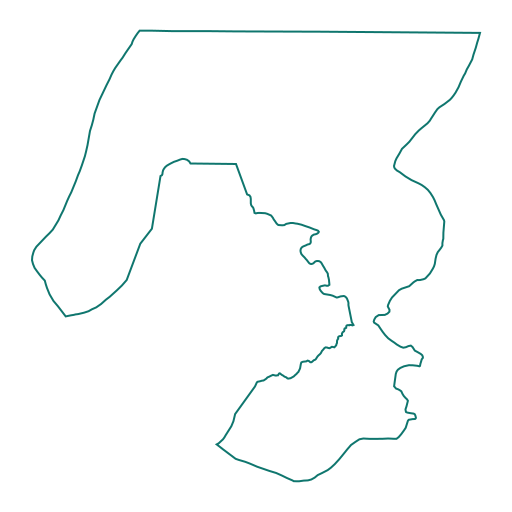 the district of Tbaeng Mean Chey, Preah Vihéar, Cambodia
{"feature_id": "14789045B76520670537336", "entity_name": "Tbaeng Mean Chey", "entity_type": "district", "adm_level": 2, "iso_a3": "KHM", "parent_name": "Cambodia", "parent_adm1": "Preah Vihéar", "projection": "albers", "projection_center": [105.049, 13.77], "detail": "fine", "context": "isolated", "style": "outline", "palette": "teal", "viewbox_px": 512, "rotation_deg": 0, "n_neighbors": 0, "source": "geoboundaries", "source_scale": "gbopen_adm2", "svg_char_len": 6044}
<svg xmlns="http://www.w3.org/2000/svg" viewBox="0 0 512 512"><path d="M425.4,278.4L429.9,273.5L432.9,268.6L434.0,266.4L434.8,263.9L435.6,258.6L436.5,254.9L437.8,252.1L439.4,250.1L441.2,247.7L442.4,245.6L442.4,243.1L442.9,240.1L443.3,238.9L443.4,232.6L444.3,221.5L444.0,220.2L440.8,214.6L436.2,204.2L434.6,200.3L433.0,197.1L430.4,193.0L427.9,189.9L424.8,187.2L421.7,185.0L418.5,183.3L411.5,180.1L405.4,176.4L399.8,172.2L396.9,170.5L394.9,168.6L394.3,167.5L394.0,166.0L395.3,161.1L396.5,158.4L399.5,153.4L402.0,148.8L406.8,144.3L409.3,141.8L415.3,134.1L418.8,130.5L421.6,128.1L427.5,123.3L429.8,120.7L431.0,118.7L432.7,116.1L435.0,112.5L437.4,109.1L439.4,107.3L444.6,103.9L449.9,99.8L451.6,98.0L453.5,95.6L455.5,92.7L458.5,87.3L460.9,81.6L463.8,75.6L465.1,73.5L466.8,69.4L468.8,65.9L472.2,59.4L473.5,54.6L475.8,47.7L477.2,42.6L478.4,38.8L480.0,32.9L320.3,31.7L235.6,31.4L204.9,31.1L171.1,31.1L152.9,30.7L139.6,30.7L137.6,33.2L135.6,36.1L133.6,39.3L132.5,41.6L131.7,44.1L127.8,49.7L125.4,53.2L122.5,57.8L120.6,60.3L115.2,68.0L113.3,71.2L111.5,74.7L109.5,79.3L106.6,85.0L99.5,99.9L94.6,113.5L93.3,119.7L91.8,125.3L90.0,130.9L87.5,145.2L86.0,151.8L84.9,156.2L81.8,165.5L79.7,171.3L78.0,175.2L75.7,181.5L71.3,192.2L69.2,196.4L67.2,200.8L63.4,210.1L60.7,215.4L58.4,220.4L52.8,229.6L49.5,233.2L46.0,236.6L36.4,246.7L34.2,250.2L33.4,252.4L32.3,256.4L32.0,260.2L33.0,264.0L34.6,267.9L37.1,271.4L39.6,274.7L41.9,277.5L44.8,280.6L45.8,284.3L47.0,288.0L49.6,294.4L53.5,301.0L57.9,306.2L65.7,316.4L71.1,315.3L73.7,314.9L75.6,314.4L78.1,314.1L84.0,312.7L88.6,311.2L91.9,309.3L96.2,307.4L101.1,304.0L105.9,299.7L109.7,296.8L116.8,290.4L121.9,285.5L126.7,280.0L140.3,243.7L151.9,228.7L160.5,176.0L161.9,175.2L162.4,174.2L162.6,172.3L163.1,170.3L163.8,169.0L165.1,167.2L166.8,165.7L168.8,164.5L170.8,163.4L174.0,161.8L177.3,160.7L180.0,159.6L182.4,158.9L184.7,159.1L187.0,159.8L189.2,161.4L190.5,163.5L236.0,164.0L247.1,194.4L248.0,194.8L249.4,195.3L250.5,196.9L250.8,199.0L250.8,203.4L251.2,205.1L251.9,206.3L252.9,207.3L253.4,208.2L254.1,210.7L254.5,212.9L255.8,213.4L257.5,213.0L259.3,212.9L265.1,213.2L267.2,213.8L271.1,215.5L272.2,216.9L273.0,218.0L273.7,219.4L274.9,221.0L276.5,223.4L277.4,224.3L278.3,225.0L282.2,225.3L284.3,225.1L286.2,223.9L290.5,223.0L293.0,223.0L295.6,223.5L297.3,223.7L301.5,224.7L305.4,226.1L309.6,227.5L314.0,229.3L316.6,230.1L318.0,230.7L318.8,231.7L318.6,232.4L318.0,233.0L317.4,233.5L315.8,234.2L313.8,234.6L312.1,235.7L311.5,236.4L311.0,237.4L310.6,239.3L310.8,242.0L310.5,243.0L310.0,243.7L309.0,244.2L307.9,244.4L306.9,244.8L305.8,245.4L303.3,246.4L302.3,247.0L301.6,247.6L300.8,248.9L300.5,250.4L300.6,251.8L301.3,253.9L302.6,255.5L304.7,257.6L305.8,259.0L306.6,259.8L308.9,262.8L309.5,263.4L310.5,263.9L311.6,264.0L312.5,263.7L313.4,263.3L315.0,261.7L316.3,261.1L317.9,261.0L319.2,261.2L320.6,262.0L321.5,263.1L323.2,266.1L324.1,267.5L325.6,270.3L326.5,271.6L327.0,272.2L327.8,273.7L328.0,276.1L328.4,277.2L329.0,280.0L329.1,281.4L329.3,283.3L329.4,284.8L328.1,285.7L326.9,285.8L325.8,285.5L324.6,285.4L321.9,286.0L320.5,286.4L319.4,287.4L319.6,288.8L320.0,289.7L321.0,291.2L322.8,293.2L324.1,294.0L330.2,295.0L332.7,295.7L336.6,297.5L337.6,297.4L340.6,296.4L343.8,296.0L344.7,296.3L345.8,297.1L346.9,298.4L348.2,301.7L348.5,303.2L348.4,304.1L348.5,305.6L351.8,322.1L353.5,325.0L352.6,325.4L351.1,325.0L349.9,324.9L349.3,325.3L348.1,325.1L347.1,325.3L346.5,325.7L346.2,326.8L346.2,327.8L345.5,328.3L344.7,328.4L344.3,329.2L344.3,330.5L344.0,331.3L342.6,332.3L341.9,333.7L342.0,335.4L341.0,336.0L339.3,336.2L338.4,336.8L338.1,337.4L338.2,338.8L337.7,339.3L337.1,340.6L337.0,341.8L337.0,342.8L336.8,343.5L336.4,344.2L336.2,345.3L334.4,347.3L333.0,347.0L331.9,346.8L329.6,348.2L328.3,348.0L327.0,347.5L325.5,347.4L324.2,348.3L323.5,349.3L322.0,350.9L320.8,353.2L319.8,354.3L318.6,355.3L317.5,356.5L315.7,359.3L314.8,359.9L313.7,360.3L312.1,361.8L311.1,362.3L310.3,362.2L308.9,361.0L307.6,360.6L306.2,361.4L303.9,361.6L302.4,361.9L301.3,362.5L300.8,364.2L300.1,368.2L299.8,369.0L298.3,372.1L297.7,372.5L296.8,373.6L296.3,374.1L294.9,375.3L293.8,376.4L290.6,378.2L288.3,378.6L287.4,378.4L286.4,377.4L285.3,377.0L284.3,376.5L283.0,375.5L282.0,375.0L280.8,374.1L279.8,373.3L279.0,373.6L278.0,375.3L277.3,375.3L276.0,375.6L274.5,375.3L272.9,374.9L270.9,375.8L269.2,376.7L268.1,377.1L267.1,377.7L266.5,378.5L264.2,380.1L263.5,380.5L261.9,380.7L260.3,381.2L257.5,381.8L256.8,382.5L255.4,385.6L254.9,386.6L235.1,414.1L234.6,416.3L233.4,421.3L231.3,426.3L225.6,435.3L224.4,437.4L223.0,439.3L218.7,443.3L216.7,444.4L223.1,449.4L235.6,458.8L238.7,459.9L245.2,461.8L249.4,463.4L253.2,465.0L257.1,466.7L269.3,470.9L276.2,473.0L281.8,475.5L286.9,478.0L292.4,480.4L293.8,481.2L298.9,481.3L303.7,480.6L307.9,480.4L311.3,479.5L314.7,477.6L317.7,475.1L321.9,473.1L327.7,470.1L330.9,467.7L334.7,464.2L339.1,459.4L343.2,454.4L347.3,449.3L351.0,445.0L355.4,441.9L359.4,439.3L363.4,438.5L366.5,438.7L370.6,438.9L382.5,438.8L388.2,438.5L394.0,438.8L396.5,438.8L398.7,437.1L401.2,434.2L403.9,430.5L405.7,427.8L407.9,420.8L408.7,419.8L412.6,419.1L415.0,419.0L415.7,418.4L415.9,417.6L415.3,415.4L414.7,414.2L413.6,413.6L410.7,413.2L407.4,412.6L406.1,412.1L405.7,410.9L405.5,409.3L406.5,406.3L407.9,400.8L407.0,399.3L405.5,397.9L403.8,396.0L402.5,393.9L401.3,391.3L399.6,390.1L397.9,389.2L396.1,388.6L394.1,386.3L394.4,384.0L395.8,373.9L396.6,371.5L397.9,369.7L400.4,367.9L404.0,366.3L408.9,365.2L412.9,365.3L417.4,365.8L419.4,366.3L420.0,365.9L420.4,363.8L421.2,361.2L421.7,359.4L422.9,357.8L422.8,356.6L422.2,355.2L420.7,353.9L417.6,352.1L414.8,350.6L412.5,347.0L410.8,345.6L408.4,346.1L405.9,347.2L403.3,347.7L400.5,346.7L396.8,344.5L394.3,342.6L391.6,340.8L388.2,338.3L385.1,335.0L382.7,331.9L380.7,329.0L378.3,325.4L374.1,322.6L373.7,321.5L374.3,319.5L375.7,317.1L378.7,315.1L384.8,314.9L387.5,313.6L389.4,311.7L389.5,309.8L387.8,306.5L388.0,305.2L389.9,300.8L392.0,297.5L399.0,290.2L401.7,288.7L409.2,286.2L413.5,282.3L415.1,281.2L417.3,280.0L418.6,280.1L420.2,280.0L423.6,279.2L425.4,278.4Z" fill="none" stroke="#0f766e" stroke-width="2"/></svg>